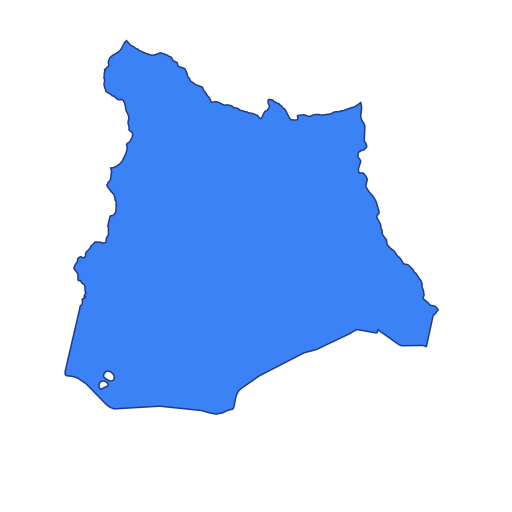 SVG path tracing the border of Niassa, rotated 283°
{"feature_id": "MOZ-1199", "entity_name": "Niassa", "entity_type": "Province", "adm_level": 1, "iso_a3": "MOZ", "parent_name": "Mozambique", "parent_adm1": "", "projection": "albers", "projection_center": [37.064, -13.372], "detail": "fine", "context": "isolated", "style": "filled", "palette": "blue", "viewbox_px": 512, "rotation_deg": 283, "n_neighbors": 0, "source": "natural_earth", "source_scale": "10m", "svg_char_len": 6022}
<svg xmlns="http://www.w3.org/2000/svg" viewBox="0 0 512 512"><g transform="rotate(283 256 256)"><path d="M403.8,66.5L404.4,67.6L405.6,68.0L407.3,69.3L408.3,69.6L409.3,69.4L411.3,68.6L412.1,68.4L416.2,69.0L419.3,71.2L424.1,76.4L427.2,78.0L434.2,79.8L436.8,81.3L433.4,85.9L433.0,86.7L432.4,89.6L431.3,92.1L430.8,94.7L430.1,95.9L429.9,96.5L429.4,99.3L428.8,101.9L428.2,108.2L428.2,109.0L428.7,111.0L429.2,112.0L430.2,113.9L431.0,114.8L432.4,117.0L432.4,119.4L431.8,123.9L431.2,125.6L430.6,128.4L430.4,128.8L429.3,130.0L428.2,130.7L427.9,131.0L427.7,131.4L427.3,133.5L426.6,135.6L425.8,136.2L423.7,137.1L423.4,138.0L423.1,139.3L422.9,142.4L422.7,143.7L422.4,144.6L419.2,147.2L418.1,147.8L416.0,148.8L415.4,149.3L414.4,150.6L413.2,151.8L411.7,152.7L411.0,154.9L409.7,158.0L409.3,159.5L408.6,165.0L408.3,165.8L407.9,166.3L406.3,167.2L405.4,168.1L403.7,170.2L401.3,172.6L399.7,174.8L399.1,175.5L397.7,176.5L396.1,177.4L395.9,177.9L395.9,178.6L396.7,180.4L397.2,181.3L397.4,182.7L397.4,184.2L397.1,185.8L396.8,186.7L395.9,191.0L396.1,192.2L396.8,193.8L396.9,197.9L396.8,198.5L395.8,200.6L395.6,201.1L395.6,201.6L395.8,204.2L395.6,205.3L395.3,206.2L394.7,206.9L394.5,207.5L394.4,208.4L394.5,210.1L394.2,212.4L394.3,214.8L393.9,216.4L393.9,217.3L394.1,220.2L394.0,221.2L393.7,222.6L393.5,224.9L393.4,225.5L392.9,226.3L391.0,228.7L390.9,229.2L390.9,229.7L391.4,230.2L392.0,230.5L396.4,231.4L398.3,232.0L399.1,232.5L399.9,233.5L400.5,234.1L400.9,234.4L402.3,234.9L404.3,235.4L404.7,235.5L405.0,235.4L408.1,233.3L409.0,233.0L410.0,232.8L411.0,232.9L411.4,233.2L411.6,233.9L411.7,236.4L411.7,237.1L411.5,237.6L410.6,238.5L410.4,238.9L410.3,240.8L409.6,242.0L409.6,243.5L409.4,244.4L408.5,245.5L408.0,246.9L407.8,247.3L406.8,248.2L406.3,248.9L405.9,250.4L405.4,251.2L403.2,253.3L402.1,254.0L400.5,255.4L398.7,256.8L397.1,258.6L396.8,259.3L396.7,260.3L397.4,264.1L397.7,264.8L398.0,265.3L398.8,265.8L399.3,265.9L399.8,265.8L401.0,265.1L401.9,265.0L402.4,265.3L402.7,265.9L403.3,268.1L403.8,269.5L404.4,270.5L404.4,272.2L403.8,275.5L404.0,276.7L404.3,277.3L405.6,279.0L406.8,281.1L407.2,282.1L407.7,283.8L407.9,284.8L408.0,285.7L407.9,286.8L408.0,287.9L408.5,289.7L411.2,296.6L411.6,297.3L412.8,298.5L413.7,299.6L414.8,302.1L415.0,303.0L415.1,304.1L415.4,304.7L416.5,306.1L417.0,308.0L422.1,315.7L422.5,316.5L422.8,317.4L424.0,319.0L429.1,323.6L426.5,324.8L423.1,325.8L415.6,326.6L412.2,328.4L409.2,331.5L407.4,332.8L392.8,335.5L392.0,336.0L391.4,336.9L390.1,338.0L388.5,339.0L387.2,339.3L384.1,337.7L382.3,334.9L380.3,332.6L376.5,332.6L375.0,333.6L372.7,336.3L371.5,336.8L364.7,336.2L363.0,336.4L361.1,337.1L360.0,338.4L360.8,340.2L360.9,341.8L359.4,344.1L357.4,346.1L355.8,347.2L349.0,347.2L347.7,347.9L344.3,351.4L341.2,355.7L338.8,358.4L335.7,361.0L326.9,365.9L325.2,366.2L323.0,365.1L322.0,364.9L320.9,365.0L320.4,365.3L320.1,365.7L314.5,370.4L312.8,371.1L311.8,371.2L311.0,371.7L309.6,372.9L308.7,373.3L306.9,373.7L306.0,374.1L304.9,375.0L302.4,377.8L301.9,378.7L301.3,379.3L296.7,381.2L294.4,384.2L293.1,386.9L291.9,389.6L288.1,393.6L287.4,394.7L287.2,395.4L286.1,397.1L281.6,401.6L281.7,405.3L281.4,406.7L277.9,412.2L277.3,412.8L276.0,413.6L275.6,414.3L275.2,415.5L274.8,416.1L273.7,417.0L268.9,422.4L266.2,424.1L265.2,424.3L263.7,424.5L263.1,424.8L259.6,427.2L258.0,427.5L256.1,428.5L255.1,428.5L253.1,428.1L252.4,428.3L252.1,428.6L251.8,429.0L249.4,433.7L247.6,436.2L247.4,436.6L247.2,437.5L247.4,439.6L247.3,441.3L247.1,442.1L246.6,443.1L245.5,444.7L244.8,445.3L244.2,445.5L243.7,445.3L242.1,444.4L240.2,443.7L238.4,442.3L237.1,442.0L206.1,442.4L206.4,438.7L201.5,418.9L201.4,416.9L202.0,414.6L211.6,391.4L209.8,391.4L208.7,391.3L208.1,390.5L207.1,371.8L206.6,370.3L205.6,369.0L201.4,364.7L178.4,335.8L172.5,324.6L140.0,286.2L123.4,271.2L120.7,269.5L117.8,268.5L114.8,268.1L103.7,268.4L102.3,268.1L101.4,267.6L101.1,267.3L101.0,266.7L100.6,265.7L98.8,262.6L97.8,261.2L95.9,259.3L93.0,252.8L92.7,245.5L93.2,237.9L88.0,195.9L75.2,152.4L75.6,148.4L77.4,143.9L93.2,119.3L96.7,110.5L97.3,107.0L97.4,103.4L96.8,99.5L96.8,97.9L97.6,96.7L100.6,96.0L164.5,96.1L168.2,96.0L168.4,96.5L168.9,97.1L169.8,97.3L172.3,97.4L174.4,96.4L174.8,96.5L175.6,97.1L176.0,97.7L176.3,98.4L176.7,98.8L177.7,99.2L177.8,97.6L178.7,97.6L180.1,98.1L181.6,98.5L183.6,97.3L188.4,96.0L189.3,95.5L189.9,93.6L190.6,92.4L191.6,91.2L192.7,90.5L192.0,88.5L193.6,87.6L198.0,86.7L199.5,85.5L202.2,82.0L203.4,81.2L207.0,81.9L210.0,83.1L213.3,83.0L214.5,83.6L216.0,85.4L215.2,87.4L216.0,89.1L217.6,90.0L219.3,89.5L220.6,89.4L222.4,90.2L225.6,92.2L226.4,92.5L228.4,93.0L229.2,93.4L231.1,95.0L231.9,95.2L233.3,95.9L233.8,97.5L234.0,99.5L234.6,101.3L234.1,102.7L234.3,104.5L235.1,106.1L236.1,106.8L239.7,106.2L240.8,106.4L242.2,107.2L243.1,107.4L244.3,107.3L247.5,106.4L250.3,106.0L251.3,105.1L251.7,104.9L261.9,104.9L262.6,105.4L263.2,107.5L263.7,107.9L266.4,109.2L267.9,109.4L273.4,108.5L274.7,108.0L277.0,107.8L277.7,107.4L278.1,106.8L279.0,106.1L282.2,104.8L283.2,104.3L284.0,103.6L286.4,100.0L290.4,95.3L291.9,94.8L292.7,95.2L294.4,95.3L296.6,96.7L297.9,97.0L306.0,96.2L306.8,95.9L309.0,94.5L310.0,97.2L312.4,100.2L315.4,102.8L318.5,104.3L325.9,106.0L329.8,106.4L332.9,106.1L335.1,104.9L335.9,104.9L336.9,105.3L338.5,107.0L339.2,107.3L343.5,108.6L345.5,108.6L347.2,108.3L347.8,108.0L348.5,107.4L349.5,105.2L350.2,104.1L351.2,103.7L353.1,103.3L356.2,101.6L358.1,101.2L360.9,101.2L362.8,100.9L364.4,100.0L368.3,96.8L374.7,94.0L376.5,92.8L377.6,91.8L378.3,90.6L378.2,89.5L377.6,88.4L377.3,87.2L377.8,85.2L379.9,81.5L379.7,79.8L380.6,78.8L381.9,74.7L382.2,73.4L382.8,72.7L388.3,69.5L389.7,69.2L393.3,69.0L394.1,68.8L394.9,67.9L399.9,67.1L402.6,67.1L402.9,66.7L403.3,66.5L403.8,66.5ZM104.4,145.4L106.4,145.1L108.2,144.0L109.5,142.3L110.5,140.1L110.7,137.9L110.0,136.1L108.6,135.1L106.6,134.4L104.8,134.4L103.6,135.2L102.0,139.1L101.5,141.2L101.5,143.0L102.7,144.9L104.4,145.4ZM93.2,132.5L91.4,134.0L91.7,135.5L94.0,138.1L95.1,139.7L96.3,140.8L97.6,140.9L99.3,139.1L100.1,136.0L98.9,133.2L96.4,131.8L93.2,132.5Z" fill="#3b82f6" stroke="#1e3a8a" stroke-width="1.5"/></g></svg>